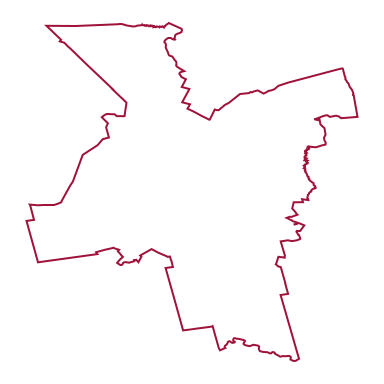 Ugāles pag., Ventspils, Latvia (Natural Earth projection)
{"feature_id": "27541924B38189236696308", "entity_name": "Ugāles pag.", "entity_type": "district", "adm_level": 2, "iso_a3": "LVA", "parent_name": "Latvia", "parent_adm1": "Ventspils", "projection": "natural_earth1", "projection_center": [21.987, 57.232], "detail": "fine", "context": "isolated", "style": "outline", "palette": "rose", "viewbox_px": 384, "rotation_deg": 0, "n_neighbors": 0, "source": "geoboundaries", "source_scale": "gbopen_adm2", "svg_char_len": 5876}
<svg xmlns="http://www.w3.org/2000/svg" viewBox="0 0 384 384"><path d="M38.0,262.3L97.4,254.1L96.1,252.2L104.8,249.8L112.8,248.0L113.3,247.7L114.7,248.4L119.1,249.8L117.8,251.2L120.8,254.5L121.2,255.2L122.9,256.9L119.8,259.7L117.1,262.9L120.1,264.9L121.6,265.0L122.5,264.4L122.9,263.1L123.9,262.4L125.7,262.1L129.0,262.7L134.3,261.2L134.0,260.1L136.3,259.8L138.4,262.2L141.4,256.7L140.2,255.5L151.6,249.1L158.1,252.6L167.4,256.6L167.6,256.9L169.9,256.5L170.5,258.6L171.5,261.2L172.9,267.0L165.6,268.0L173.9,297.4L183.1,330.4L211.7,326.6L212.2,326.4L212.6,326.1L218.7,347.8L220.0,350.3L225.2,348.0L224.8,347.7L224.6,346.7L225.0,345.8L226.8,344.4L227.3,343.6L227.7,342.3L228.3,341.6L229.0,341.2L229.5,341.2L231.6,342.6L233.0,342.9L234.5,342.4L234.8,341.9L233.5,341.1L233.2,340.6L233.2,339.7L233.6,338.7L234.0,338.2L235.3,338.2L236.5,338.7L238.9,338.9L243.1,339.9L244.8,340.6L245.0,341.0L244.8,341.6L244.1,342.4L243.5,343.7L243.7,344.1L244.6,344.9L245.7,345.3L249.3,346.1L250.3,346.0L252.9,344.9L253.6,344.8L258.0,345.6L259.1,346.5L258.8,349.1L259.8,351.0L260.4,351.3L263.6,352.0L267.3,352.2L270.1,353.4L271.3,353.3L272.0,352.3L272.5,352.1L274.2,352.3L274.8,352.9L274.8,353.5L275.6,354.2L278.1,355.4L279.8,356.5L281.5,356.5L282.4,356.1L283.2,356.0L284.6,356.3L288.9,355.9L289.6,356.1L290.8,357.1L290.9,357.5L290.4,358.9L290.4,359.4L290.8,359.7L293.1,360.8L294.0,361.0L295.8,360.8L299.1,358.7L298.3,356.4L280.6,295.0L288.1,293.9L285.2,283.6L285.4,283.4L280.9,267.5L280.7,267.5L280.4,266.9L278.3,266.5L275.8,264.3L276.2,263.7L278.4,256.8L284.6,257.6L284.4,256.7L285.0,255.9L280.7,241.4L287.9,240.3L291.8,241.1L296.5,240.4L300.0,239.1L300.3,238.7L299.1,235.2L298.2,234.8L297.2,232.8L296.4,231.7L296.9,230.9L300.1,231.0L304.3,225.4L299.4,223.3L298.2,223.0L297.2,223.8L294.6,224.5L294.5,224.3L297.1,223.6L298.0,223.0L296.2,222.2L292.7,221.2L291.8,220.4L289.6,219.4L288.7,218.8L286.7,217.9L289.6,216.8L291.7,216.8L297.4,214.7L296.8,214.2L295.1,211.7L292.2,208.5L293.7,202.3L303.0,202.2L302.1,199.2L308.4,200.1L308.1,198.8L307.4,198.2L307.3,197.8L307.6,196.5L307.9,195.8L307.9,194.8L308.9,193.9L309.1,192.9L309.8,192.3L311.3,191.5L311.1,190.6L312.1,189.5L313.2,188.8L314.7,188.5L315.7,188.0L315.7,187.7L315.0,187.1L315.2,186.9L315.2,186.3L314.9,185.9L313.7,185.1L313.6,184.8L313.6,183.5L313.4,182.9L312.1,182.4L311.4,181.6L310.1,180.8L310.0,180.5L309.6,180.1L309.3,179.4L308.8,179.3L308.8,179.0L309.1,178.5L308.3,177.7L308.5,176.7L307.5,176.3L307.0,174.8L306.9,174.2L306.2,173.3L306.1,172.5L305.1,171.7L305.5,170.9L304.7,170.0L305.4,169.2L305.0,168.1L304.0,168.0L304.9,166.9L303.9,165.8L304.8,165.5L304.5,164.9L304.6,164.6L305.4,164.4L307.6,163.4L307.9,162.8L307.2,162.0L306.3,161.9L305.6,161.3L305.6,161.0L307.3,160.4L305.5,159.5L304.6,159.8L304.8,159.4L306.5,158.3L304.5,157.6L304.4,157.2L304.8,156.3L305.4,155.9L306.1,155.8L306.5,155.4L306.4,154.8L305.3,153.6L306.3,153.0L306.8,152.9L306.1,152.1L305.0,151.8L305.0,151.0L305.3,150.7L306.5,150.7L307.4,149.9L307.5,149.5L306.8,149.1L307.2,148.5L307.4,148.4L308.8,149.1L309.3,148.1L309.2,147.9L307.8,147.5L307.5,147.3L307.5,147.1L308.9,146.8L308.8,146.4L311.0,146.8L315.9,147.3L321.9,145.4L325.5,144.6L325.7,142.6L324.4,140.2L324.0,137.7L325.6,134.6L325.1,132.1L324.5,128.2L320.5,124.5L319.5,119.4L318.3,120.2L314.2,119.2L316.4,118.7L323.4,116.0L325.8,115.4L327.5,115.3L329.8,116.9L336.0,115.7L338.9,116.5L341.1,118.2L357.5,116.9L353.7,95.3L353.0,95.0L353.0,94.5L353.4,93.7L352.8,91.8L351.9,89.7L349.6,86.7L348.5,83.5L347.2,82.2L346.8,81.3L345.3,79.2L345.5,78.0L345.2,77.0L344.9,76.7L342.8,68.6L342.0,68.4L335.2,70.1L287.8,82.7L278.2,85.9L274.5,89.2L270.5,90.6L268.7,90.8L266.6,92.1L263.6,93.6L257.7,90.4L253.6,91.5L252.0,92.4L250.6,92.0L249.0,93.1L240.0,94.0L228.4,103.2L226.6,104.0L224.9,104.9L218.6,110.2L216.7,110.1L214.7,109.5L212.9,113.4L209.8,119.6L209.3,119.7L200.9,115.5L193.9,111.7L187.5,108.7L190.0,104.3L182.2,102.3L189.4,89.0L181.8,87.0L185.9,79.2L184.5,78.6L181.3,76.9L180.3,75.1L179.5,74.2L179.4,73.3L179.9,72.6L181.0,72.0L184.2,71.1L177.7,67.2L176.5,66.1L176.1,65.1L176.5,64.4L176.2,61.7L174.5,59.8L172.4,56.6L169.3,55.5L168.8,55.0L167.6,51.6L165.8,47.8L165.7,46.6L166.0,45.2L165.9,44.4L165.4,43.2L164.4,42.3L164.4,42.1L164.5,41.3L164.8,40.6L166.8,38.8L168.3,38.0L170.8,38.0L172.1,38.9L173.4,39.4L174.7,39.7L175.1,39.5L174.6,38.8L174.4,38.0L174.9,37.0L175.2,35.2L175.7,34.7L177.4,33.7L179.5,33.1L181.4,32.1L181.6,31.1L182.0,30.5L181.6,28.8L168.7,23.0L167.9,23.8L166.1,24.9L165.7,25.5L164.9,26.0L164.9,26.4L164.6,26.5L164.4,26.8L164.1,26.8L163.9,27.0L163.6,26.9L163.6,27.1L163.4,26.9L163.6,26.8L163.4,26.7L163.2,26.9L162.6,26.4L162.2,26.7L162.4,26.7L161.6,26.9L161.3,26.7L161.2,26.9L160.9,26.8L160.7,26.7L159.9,27.0L159.6,26.7L159.4,27.0L159.3,26.8L158.1,26.8L157.4,26.6L157.0,26.7L156.7,26.5L156.3,26.9L156.1,26.7L155.7,26.9L155.3,26.8L155.2,27.0L154.9,26.8L154.3,27.0L154.2,26.8L153.9,26.9L154.0,26.7L153.4,26.5L153.3,26.3L152.6,26.2L152.8,26.0L152.5,26.0L152.2,25.7L151.4,26.0L151.2,25.8L151.3,26.0L150.9,26.0L151.1,26.2L150.7,26.3L150.1,25.9L149.8,26.0L149.9,25.7L149.4,25.9L149.1,25.7L148.9,25.9L148.1,25.5L147.4,25.7L147.4,25.3L147.1,25.2L147.0,25.3L146.7,25.2L146.1,25.7L145.9,25.3L145.4,25.3L145.4,25.5L145.0,25.6L144.5,25.1L144.3,25.2L144.4,25.3L144.3,25.5L143.8,25.2L143.0,25.2L142.7,24.9L142.7,25.1L142.1,25.3L141.3,25.1L138.5,25.6L137.5,25.5L135.9,26.2L133.1,26.5L126.8,25.5L122.2,24.1L119.9,24.0L116.9,24.3L75.5,26.0L46.5,25.8L61.1,39.8L59.8,41.4L64.3,42.7L68.6,47.1L70.2,48.4L85.4,63.2L112.8,89.2L112.5,89.3L126.1,102.3L126.5,102.9L125.0,112.5L124.6,115.9L124.2,115.9L124.0,116.2L116.7,116.1L114.7,114.3L106.7,114.0L104.3,115.2L101.8,117.2L107.9,123.3L106.1,127.2L108.9,137.5L102.7,139.2L97.7,145.1L82.7,154.9L72.9,181.5L70.0,185.9L61.6,201.1L61.3,202.3L57.4,203.9L54.0,205.0L43.4,205.0L38.0,205.3L29.9,204.6L30.1,204.9L34.0,219.9L26.5,220.9L38.0,262.3Z" fill="none" stroke="#9f1239" stroke-width="2"/></svg>